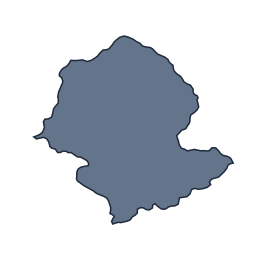 Pedra do Indaiá, Minas Gerais, Brazil (Robinson projection), rotated 76°
{"feature_id": "56859067B98249268301401", "entity_name": "Pedra do Indaiá", "entity_type": "district", "adm_level": 2, "iso_a3": "BRA", "parent_name": "Brazil", "parent_adm1": "Minas Gerais", "projection": "robinson", "projection_center": [-45.221, -20.289], "detail": "fine", "context": "isolated", "style": "filled", "palette": "slate", "viewbox_px": 256, "rotation_deg": 76, "n_neighbors": 0, "source": "geoboundaries", "source_scale": "gbopen_adm2", "svg_char_len": 2671}
<svg xmlns="http://www.w3.org/2000/svg" viewBox="0 0 256 256"><g transform="rotate(76 128 128)"><path d="M60.8,182.0L63.0,180.3L66.0,179.9L68.4,180.5L70.3,182.2L73.4,184.3L76.0,186.5L78.2,187.5L80.7,188.6L83.2,188.6L86.9,189.7L88.8,192.4L91.3,195.5L95.1,197.3L98.9,199.5L99.9,203.2L99.3,206.5L101.5,208.6L104.3,208.8L107.1,208.9L109.2,210.3L111.5,212.0L113.0,215.5L113.5,218.3L113.9,221.6L116.5,219.4L116.5,216.1L116.7,212.1L118.7,209.6L121.9,208.4L124.8,208.2L127.0,208.3L129.0,207.0L131.0,203.6L134.8,202.2L135.4,199.6L134.7,196.6L135.7,193.7L137.5,191.9L138.0,189.3L140.3,187.1L143.6,184.3L144.9,180.9L147.2,178.4L149.7,175.8L152.5,174.8L155.0,175.5L154.7,179.4L154.6,183.2L155.5,185.8L157.2,187.6L159.3,188.6L162.2,189.3L164.8,190.3L167.2,189.9L169.6,187.8L172.2,185.7L174.5,183.5L176.5,181.3L178.6,179.0L180.7,176.7L182.9,175.2L184.7,173.3L186.5,170.8L188.7,167.7L191.0,165.5L194.5,164.4L197.6,164.3L200.7,164.0L203.8,164.8L206.7,166.2L208.3,164.1L210.4,162.7L212.5,164.8L214.6,166.5L217.5,166.0L217.2,162.8L217.2,160.1L218.1,157.8L218.1,154.9L218.2,151.3L217.6,147.9L215.4,145.6L214.4,142.4L212.8,139.6L209.1,138.5L208.3,135.3L209.2,132.4L211.4,130.3L212.7,127.4L211.5,123.6L208.8,122.7L208.0,120.2L210.2,118.7L212.7,116.9L214.6,115.2L215.6,112.8L215.5,110.2L214.4,108.0L214.3,104.8L214.9,101.4L214.1,97.8L210.9,96.2L208.2,95.0L208.5,91.8L208.9,87.3L207.0,83.8L204.8,82.4L202.8,80.6L202.9,77.6L204.4,74.8L205.0,70.2L204.8,65.6L202.9,61.4L200.0,62.0L197.9,59.4L197.6,55.7L197.6,52.0L195.7,48.7L193.8,45.4L191.2,42.1L188.1,39.8L187.4,37.2L187.5,34.4L184.2,35.2L181.9,35.9L180.1,37.8L178.8,39.8L177.6,42.3L175.3,44.3L171.8,45.7L168.5,47.7L167.5,51.3L169.5,54.3L169.5,56.9L168.4,59.4L168.0,62.0L166.7,65.0L164.8,68.9L164.7,72.7L164.5,76.1L162.3,78.1L160.6,81.0L158.0,82.0L155.4,82.4L152.4,82.2L150.1,82.5L147.2,82.7L145.4,79.8L143.1,76.4L142.7,72.2L139.8,69.2L137.9,67.1L135.7,66.1L132.6,65.1L130.5,63.9L129.6,61.4L128.5,58.9L127.2,56.7L124.6,54.3L120.7,54.2L117.4,54.2L115.5,52.7L113.4,53.1L111.5,55.5L108.8,56.2L106.0,55.4L103.7,56.3L101.5,57.1L99.6,59.8L96.6,62.6L93.9,63.2L90.6,64.5L87.9,67.0L85.8,68.4L83.6,69.5L81.2,69.6L78.1,69.2L76.2,70.7L74.0,72.1L71.1,72.7L68.4,74.9L65.7,78.3L63.5,81.3L61.6,82.5L59.4,83.9L57.2,85.0L55.3,86.9L54.3,89.5L53.3,91.8L51.7,94.4L49.0,95.6L47.4,97.5L45.7,99.4L43.2,101.4L41.5,103.6L39.8,105.8L37.8,109.5L38.0,114.1L39.6,117.6L41.3,120.8L43.4,122.9L44.9,125.1L46.6,127.4L46.8,130.3L46.3,133.4L48.4,137.0L51.0,140.4L52.3,143.7L53.4,147.2L53.6,151.4L52.4,153.5L50.9,155.6L50.4,159.6L49.7,163.4L48.5,167.1L51.1,169.6L53.1,172.2L54.5,176.9L56.5,179.6L58.5,181.4L60.8,182.0Z" fill="#64748b" stroke="#1e293b" stroke-width="1.5"/></g></svg>